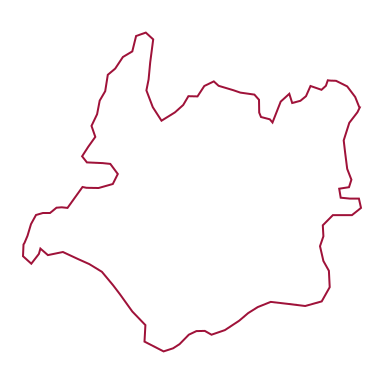 Trimithousa, Paphos, Cyprus
{"feature_id": "46923920B86597490798508", "entity_name": "Trimithousa", "entity_type": "district", "adm_level": 2, "iso_a3": "CYP", "parent_name": "Cyprus", "parent_adm1": "Paphos", "projection": "mercator", "projection_center": [32.483, 34.974], "detail": "fine", "context": "isolated", "style": "outline", "palette": "rose", "viewbox_px": 384, "rotation_deg": 0, "n_neighbors": 0, "source": "geoboundaries", "source_scale": "gbopen_adm2", "svg_char_len": 1484}
<svg xmlns="http://www.w3.org/2000/svg" viewBox="0 0 384 384"><path d="M82.1,156.3L86.9,162.4L102.6,163.1L110.3,163.9L117.8,174.0L112.8,184.0L98.6,188.0L86.5,187.8L82.5,187.0L67.5,207.9L61.7,207.3L56.5,207.7L50.0,213.0L42.9,213.0L36.0,215.0L31.0,224.1L27.5,235.8L24.5,242.9L23.5,244.5L23.0,256.2L31.3,263.7L38.9,253.9L40.4,248.6L47.9,255.1L62.9,252.0L77.7,258.9L89.3,264.1L101.9,271.8L113.2,285.4L119.9,294.2L132.3,311.5L145.4,325.1L144.5,341.6L163.6,351.4L173.1,348.3L179.6,344.1L188.8,334.7L196.4,331.1L204.8,330.9L211.5,334.7L224.9,330.1L239.2,320.7L247.8,313.4L248.0,313.2L257.7,307.1L270.7,301.9L288.9,304.0L305.2,306.0L321.7,301.4L329.7,287.2L328.9,270.8L323.4,261.0L320.0,246.2L323.4,236.3L322.8,225.3L332.9,215.1L352.0,215.1L361.0,207.9L358.9,198.6L349.9,198.6L340.7,197.7L339.2,188.7L349.0,187.2L351.4,179.7L347.2,168.9L345.1,152.4L343.7,140.4L349.3,122.8L357.4,112.3L359.8,107.4L359.3,107.3L355.2,97.0L347.2,86.4L336.0,80.8L330.1,80.6L327.8,80.3L325.9,85.8L321.5,89.8L310.5,86.0L306.0,96.2L300.4,100.8L292.2,103.0L289.3,93.8L280.7,101.6L272.5,122.5L269.8,119.3L261.0,117.0L259.2,112.6L259.0,99.8L254.4,94.6L240.3,92.6L233.3,90.2L218.6,85.8L213.8,81.4L204.3,86.0L197.5,96.4L188.4,96.2L183.2,105.0L174.9,112.4L161.5,120.7L152.8,107.2L146.4,90.4L148.6,79.4L150.2,62.4L153.2,39.4L145.8,32.6L136.1,36.0L132.3,51.4L122.9,57.0L115.2,68.6L107.8,74.8L105.2,91.2L99.7,100.6L97.1,114.2L91.5,125.9L95.3,136.9L88.3,146.7L82.1,156.3Z" fill="none" stroke="#9f1239" stroke-width="2"/></svg>